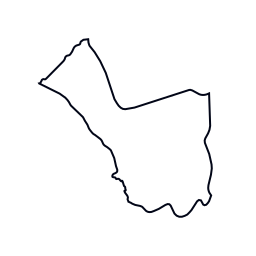 an SVG outline of Sennar, rotated 194°
{"feature_id": "SDN-880", "entity_name": "Sennar", "entity_type": "Region", "adm_level": 1, "iso_a3": "SDN", "parent_name": "Sudan", "parent_adm1": "", "projection": "albers", "projection_center": [34.248, 12.985], "detail": "fine", "context": "isolated", "style": "outline", "palette": "ink", "viewbox_px": 256, "rotation_deg": 194, "n_neighbors": 0, "source": "natural_earth", "source_scale": "10m", "svg_char_len": 2327}
<svg xmlns="http://www.w3.org/2000/svg" viewBox="0 0 256 256"><g transform="rotate(194 128 128)"><path d="M194.8,198.6L194.8,199.8L194.6,200.5L192.6,202.8L188.1,204.5L187.0,201.3L185.6,199.0L185.1,198.4L178.7,193.5L171.1,186.1L162.9,176.1L148.1,152.7L144.8,149.4L142.4,147.3L139.9,145.9L137.6,145.3L135.2,145.6L126.6,149.4L77.9,179.7L76.7,180.1L74.7,180.0L67.0,178.0L65.2,177.9L63.7,178.1L62.2,178.5L60.8,179.1L59.7,179.7L57.7,181.2L48.8,150.0L48.5,145.9L49.0,142.2L50.5,136.6L50.6,134.5L49.8,132.2L42.9,122.4L38.1,112.8L36.9,109.0L36.2,102.7L36.1,91.9L35.7,89.3L35.1,87.6L34.2,86.0L33.4,84.9L31.0,82.7L31.6,76.7L32.3,74.7L33.5,72.5L35.1,71.6L36.5,71.9L39.7,75.4L41.8,75.3L43.2,73.6L46.6,63.6L47.9,61.1L49.5,58.4L51.7,56.5L54.1,55.0L56.9,54.3L59.6,54.7L62.2,56.2L67.8,63.0L69.4,64.0L71.1,63.8L73.1,62.4L78.5,57.0L82.8,53.7L85.0,52.2L86.8,51.6L87.7,51.5L88.6,51.5L89.6,51.7L90.5,52.0L94.9,54.8L95.7,55.1L97.5,55.3L102.4,55.1L105.6,55.6L107.0,56.1L109.8,56.6L110.2,57.4L111.0,58.4L111.1,58.6L111.2,58.9L111.2,60.3L111.4,60.8L111.8,61.5L112.4,62.2L115.3,64.6L115.9,65.4L116.2,65.9L116.2,66.2L116.0,66.4L115.8,66.5L115.4,66.6L115.2,66.9L115.2,67.3L115.9,68.4L116.2,69.3L116.5,70.0L116.9,70.4L117.5,70.6L117.9,70.9L120.2,74.7L120.8,75.3L121.2,75.3L121.6,74.7L122.0,74.8L122.7,75.2L123.9,76.1L124.7,76.4L125.5,76.3L126.7,75.7L127.1,75.7L127.5,75.9L128.1,76.7L128.7,76.9L129.4,76.8L130.2,76.7L130.8,76.7L131.2,76.8L131.5,77.3L131.6,77.7L131.6,78.4L131.4,79.1L131.1,79.7L130.6,80.2L130.1,80.6L129.5,81.0L128.6,81.9L128.2,82.5L128.0,83.2L128.1,83.9L128.2,84.6L128.5,85.2L130.4,88.1L134.1,95.5L139.2,102.2L140.7,103.1L143.6,104.4L146.1,105.2L146.9,105.6L147.6,106.0L148.4,106.8L150.2,109.1L150.7,109.6L151.2,110.0L152.1,110.6L158.4,113.3L159.1,113.5L160.3,113.9L161.9,114.9L164.6,117.0L165.8,118.1L168.2,121.4L171.6,124.6L173.7,127.0L174.4,127.7L188.7,135.9L189.7,136.8L191.5,138.8L193.5,140.5L196.1,142.2L202.6,144.8L224.9,149.7L225.0,149.8L224.1,150.2L223.8,150.4L223.9,150.8L223.4,152.5L223.3,153.3L223.1,154.0L222.4,154.7L221.8,155.0L220.5,155.1L220.0,155.3L219.4,156.0L206.8,177.3L206.1,179.2L206.0,181.1L205.8,182.0L205.2,182.9L204.5,183.5L203.0,184.2L202.3,184.8L201.8,185.6L200.7,188.6L200.0,192.4L199.4,194.0L198.1,195.5L195.6,197.0L195.0,197.6L194.8,198.2L194.8,198.6Z" fill="none" stroke="#020617" stroke-width="2"/></g></svg>